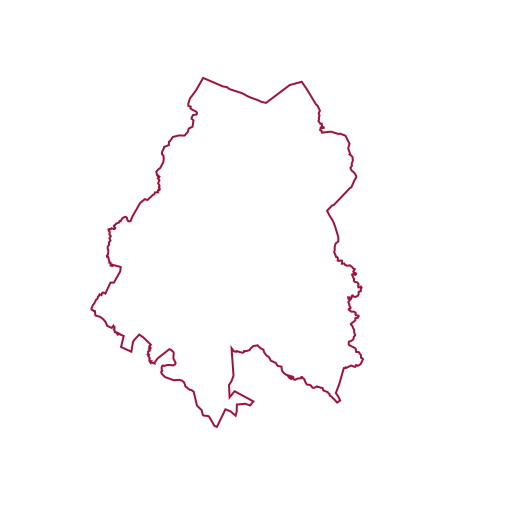 Aizkalnes pag., Preilu, Latvia, rotated 313°
{"feature_id": "27541924B10227546219094", "entity_name": "Aizkalnes pag.", "entity_type": "district", "adm_level": 2, "iso_a3": "LVA", "parent_name": "Latvia", "parent_adm1": "Preilu", "projection": "mercator", "projection_center": [26.738, 56.2], "detail": "fine", "context": "isolated", "style": "outline", "palette": "rose", "viewbox_px": 512, "rotation_deg": 313, "n_neighbors": 0, "source": "geoboundaries", "source_scale": "gbopen_adm2", "svg_char_len": 6163}
<svg xmlns="http://www.w3.org/2000/svg" viewBox="0 0 512 512"><g transform="rotate(313 256 256)"><path d="M104.3,344.0L123.0,338.2L125.0,343.2L125.3,350.0L129.3,347.8L134.3,343.3L140.5,348.8L142.7,353.6L147.9,353.3L142.5,332.6L134.6,333.1L143.2,324.3L147.9,323.4L153.1,321.2L171.9,301.0L171.2,304.9L172.6,307.0L173.2,306.7L176.1,312.2L177.4,312.7L178.4,312.1L179.8,313.7L182.7,315.5L184.3,315.1L188.2,315.4L191.8,318.1L191.6,319.1L191.7,321.8L192.0,323.8L192.6,325.3L191.4,327.0L190.9,328.5L190.4,331.5L190.9,334.3L189.6,338.3L191.4,343.8L190.7,345.1L190.5,346.8L192.4,350.1L190.4,352.5L189.7,353.9L189.4,356.2L189.7,359.0L191.6,363.0L189.9,362.1L189.6,363.9L190.1,365.7L190.9,365.8L191.8,363.4L192.9,365.2L192.6,366.3L191.6,367.5L191.6,368.3L192.2,369.0L195.4,370.4L197.1,372.3L197.7,372.4L198.4,371.8L199.0,372.5L198.7,373.2L198.8,375.7L198.0,376.7L196.7,380.5L197.2,381.9L197.9,382.4L198.6,383.6L198.7,384.9L198.2,387.1L199.5,388.6L202.2,389.5L202.4,390.5L203.3,391.7L203.8,393.3L204.5,393.9L204.8,395.0L203.6,396.9L205.3,401.2L205.0,402.6L205.2,403.9L204.2,405.2L204.7,407.2L204.3,409.0L204.6,410.2L204.1,415.3L207.7,416.1L209.4,411.8L210.2,407.9L219.8,403.9L233.8,396.7L234.4,397.5L235.5,397.4L235.7,398.3L240.4,400.1L241.1,400.7L241.8,403.0L242.7,404.2L244.3,403.5L244.7,403.8L244.9,405.1L246.5,405.9L248.4,406.2L253.4,404.7L253.7,404.3L253.7,403.6L253.2,402.6L253.3,402.0L255.1,400.4L255.3,398.4L255.8,397.3L255.7,396.5L254.2,394.7L256.0,392.4L256.2,391.2L254.4,385.0L254.6,384.1L256.6,382.4L259.4,383.7L261.6,384.0L263.5,382.7L265.6,382.6L267.1,380.0L269.1,377.9L269.6,375.7L270.7,374.1L270.5,372.3L270.9,371.7L276.7,372.5L278.3,371.1L280.0,372.5L282.1,372.1L282.1,371.3L280.8,369.5L281.1,368.5L282.2,368.0L282.4,366.7L282.0,365.5L280.3,363.7L280.0,360.4L280.7,360.0L282.0,360.7L282.7,360.5L283.5,357.9L284.2,357.3L285.3,354.9L288.3,354.7L287.7,352.8L288.6,351.6L289.7,352.9L289.6,353.6L290.0,354.6L292.3,353.3L293.0,353.4L293.2,353.9L292.7,354.8L293.9,356.7L296.6,357.6L298.2,357.1L299.3,355.8L300.4,355.7L301.7,356.7L303.1,355.3L304.8,354.9L305.2,353.6L303.9,353.3L302.9,352.2L303.6,351.2L304.9,350.7L305.6,349.6L305.8,348.1L304.5,346.2L304.5,344.5L306.2,343.4L306.8,341.1L308.0,338.9L308.9,339.3L309.8,341.5L310.8,341.6L311.5,340.8L310.7,339.0L310.9,337.8L313.7,337.2L313.1,335.9L313.5,333.8L313.2,332.1L313.3,331.1L310.8,329.1L310.7,328.0L310.2,327.1L310.7,325.6L308.9,324.1L311.2,322.1L310.7,321.1L308.9,319.9L308.4,318.8L310.3,317.4L310.5,316.0L309.9,315.1L310.5,314.4L312.2,310.4L313.5,309.9L316.9,306.9L319.7,305.7L322.7,306.3L326.0,303.3L331.7,293.4L334.1,288.4L335.8,281.9L337.6,277.1L345.0,277.2L346.2,278.1L370.0,278.4L371.2,278.9L379.0,276.2L381.7,275.8L382.8,274.8L383.6,272.5L383.9,270.4L383.7,267.8L384.5,265.5L385.0,264.9L387.3,264.7L388.8,263.0L391.8,261.8L394.1,259.3L394.4,257.3L394.1,255.2L394.9,255.2L397.6,250.0L401.9,247.8L405.0,239.3L402.7,233.9L401.5,233.1L398.0,225.9L391.2,220.1L392.2,218.8L391.8,217.1L394.1,215.7L394.3,216.1L394.0,216.6L394.3,217.0L396.0,218.1L396.3,217.4L396.0,216.4L396.2,215.5L397.6,213.7L396.6,212.9L397.4,209.6L398.7,209.1L399.9,207.7L402.0,206.7L403.2,204.4L405.8,203.7L407.9,198.6L407.8,196.5L412.8,178.8L414.6,170.6L404.1,164.1L374.8,158.9L372.3,154.5L371.2,150.9L368.6,145.0L367.1,140.8L365.6,134.8L360.0,122.9L359.6,119.4L357.5,116.3L350.2,95.9L335.9,99.2L326.0,100.3L321.0,102.7L319.7,104.2L320.7,106.4L319.3,107.3L319.4,109.0L320.8,113.8L320.5,115.2L318.9,116.0L316.1,113.8L313.1,114.7L312.4,115.3L312.6,117.8L307.2,121.4L303.4,119.9L300.0,121.6L295.3,121.6L291.6,117.4L286.3,114.0L281.3,114.8L280.2,114.4L277.7,116.6L272.9,114.4L272.2,115.1L268.0,116.3L266.5,117.6L266.2,119.8L265.5,120.9L264.0,122.4L261.2,124.3L254.7,126.0L253.3,125.5L249.6,125.6L247.7,128.5L248.0,129.0L247.5,129.6L248.0,130.0L248.2,131.3L247.2,131.6L245.9,131.2L245.5,133.7L242.4,134.9L241.6,137.6L240.1,138.0L240.0,138.6L239.3,139.2L239.6,139.6L238.6,140.4L238.0,140.3L237.8,139.6L236.9,139.6L235.7,140.9L233.5,138.7L231.8,139.6L230.8,139.0L222.9,138.4L221.7,135.9L215.8,135.1L200.9,138.6L195.9,140.5L194.3,139.0L194.7,137.3L195.8,135.7L195.8,134.0L194.5,133.1L192.2,132.5L189.2,133.3L188.5,132.4L187.1,133.0L184.1,131.6L182.7,131.9L181.6,131.4L180.8,131.9L180.5,134.0L179.4,134.2L178.8,133.8L177.8,131.4L176.3,131.5L175.8,130.4L174.9,129.9L173.9,131.3L173.7,132.8L171.7,134.1L171.6,136.0L171.3,136.4L169.1,136.6L168.0,139.1L165.6,139.2L164.0,140.9L161.6,141.2L159.7,143.2L159.5,144.1L157.6,145.7L155.8,146.9L154.7,146.7L154.0,147.2L153.8,147.5L154.5,148.7L154.4,149.1L153.4,150.0L152.5,151.9L151.1,153.3L151.9,154.1L151.6,154.8L149.8,156.1L150.5,157.4L151.0,156.6L151.5,156.8L151.1,157.7L152.2,158.0L155.7,164.5L152.2,167.2L139.6,170.2L137.3,167.7L125.8,171.5L125.2,169.3L124.4,168.7L122.0,169.6L121.3,167.7L120.0,168.3L118.6,168.1L116.6,169.2L114.7,168.9L111.3,170.0L108.9,170.2L105.1,171.6L104.6,172.5L105.1,173.5L105.0,174.6L105.9,175.7L103.0,179.1L105.2,183.6L105.6,187.3L105.0,191.5L103.4,194.8L105.0,199.5L107.7,199.3L107.4,199.9L107.7,200.8L106.3,202.0L105.6,201.9L105.1,202.8L105.2,203.4L104.0,204.7L104.4,205.6L104.9,205.7L105.3,206.9L104.4,207.5L104.1,208.4L104.8,208.9L105.8,208.6L106.1,209.4L105.9,210.1L107.3,213.8L97.4,219.4L101.0,230.1L109.3,224.6L111.8,224.2L118.9,224.2L119.6,228.9L119.4,239.6L117.3,239.5L116.4,240.4L117.1,240.9L116.8,241.6L115.9,241.0L115.4,241.9L115.0,241.6L114.9,242.4L114.4,242.1L113.8,242.8L112.6,242.2L111.0,244.0L110.1,243.9L110.1,244.5L111.0,244.4L110.9,245.1L109.2,245.7L108.9,247.9L107.8,248.2L107.3,249.6L106.5,249.6L106.2,251.0L106.9,250.3L107.8,251.3L106.6,251.9L107.2,253.2L108.1,254.0L108.0,254.7L108.2,255.1L108.5,254.6L114.0,253.9L129.5,256.3L128.7,256.5L129.4,257.7L129.4,261.3L128.8,262.1L125.4,264.8L124.5,265.9L123.1,270.0L121.6,270.8L119.2,269.8L117.5,267.2L115.5,265.3L113.0,263.9L112.5,262.6L111.3,262.4L110.2,263.0L108.2,264.9L108.1,265.7L106.4,265.8L105.8,266.9L105.5,269.2L105.5,272.3L109.1,280.6L113.5,284.7L113.7,285.7L114.2,286.3L114.6,289.0L113.5,291.8L112.5,293.2L112.9,298.7L113.9,300.0L114.2,303.1L106.3,314.9L106.2,321.3L103.5,325.5L103.5,326.4L106.3,330.1L106.5,331.3L103.4,341.5L104.3,344.0Z" fill="none" stroke="#9f1239" stroke-width="2"/></g></svg>